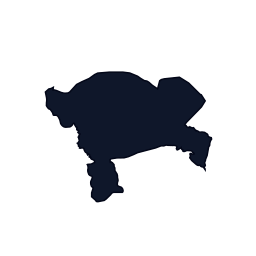 SVG path tracing the border of Sala ad-Din, rotated 134°
{"feature_id": "IRQ-3052", "entity_name": "Sala ad-Din", "entity_type": "Province", "adm_level": 1, "iso_a3": "IRQ", "parent_name": "Iraq", "parent_adm1": "", "projection": "orthographic", "projection_center": [43.888, 34.578], "detail": "fine", "context": "isolated", "style": "filled", "palette": "ink", "viewbox_px": 256, "rotation_deg": 134, "n_neighbors": 0, "source": "natural_earth", "source_scale": "10m", "svg_char_len": 5546}
<svg xmlns="http://www.w3.org/2000/svg" viewBox="0 0 256 256"><g transform="rotate(134 128 128)"><path d="M178.2,87.4L184.3,93.7L185.3,94.2L186.7,94.5L187.7,94.2L194.3,94.4L196.6,94.8L201.8,98.4L202.5,99.2L202.7,99.6L202.8,99.8L202.7,100.2L202.5,101.2L202.7,106.4L199.9,109.1L197.9,110.1L196.4,110.8L195.7,111.3L195.3,111.9L195.2,112.4L195.3,112.9L195.4,113.5L195.1,114.3L194.3,115.7L193.2,116.9L192.3,117.6L191.6,117.9L189.9,118.5L188.6,119.2L188.0,119.7L187.8,120.2L187.8,120.6L187.9,121.1L188.2,121.5L188.4,122.0L188.6,122.8L188.6,123.9L187.6,126.0L186.9,127.0L186.0,127.9L185.0,128.5L184.0,129.4L183.3,130.3L182.9,131.0L182.6,131.9L182.1,131.7L179.9,129.7L179.2,129.3L178.7,129.0L177.8,128.8L176.6,128.3L176.0,128.0L175.8,128.2L175.1,129.1L174.9,129.5L174.9,129.8L174.9,130.5L175.8,132.8L175.8,133.3L175.6,133.8L174.9,134.5L174.9,134.8L175.1,134.7L175.3,134.8L175.5,135.1L175.8,135.7L175.7,135.9L175.5,136.1L174.9,136.3L174.7,136.3L174.4,136.4L174.2,136.6L173.9,137.1L173.9,137.4L173.9,137.5L174.0,137.4L174.3,137.3L174.5,137.4L174.5,137.6L174.4,137.8L174.1,138.1L174.1,138.3L174.4,138.5L174.6,138.4L175.0,138.2L175.4,138.3L175.3,138.5L175.2,138.8L175.0,139.5L174.9,139.7L174.5,140.2L174.5,140.4L174.7,140.8L174.9,141.5L174.9,142.1L174.5,143.5L173.9,144.8L173.4,145.5L173.4,145.9L173.6,146.3L173.9,146.8L174.5,147.4L174.9,147.8L175.4,148.0L176.1,148.9L175.3,149.5L175.4,150.9L175.4,151.2L175.2,151.4L174.9,151.5L174.4,151.8L174.3,152.2L174.3,153.6L174.2,153.9L173.8,153.8L173.5,153.4L173.3,153.4L173.1,153.5L172.8,153.7L172.6,153.8L172.4,153.9L171.7,153.9L171.2,154.1L170.9,154.3L169.7,156.2L169.4,156.7L169.3,157.3L169.1,157.5L168.9,157.6L168.6,157.5L168.6,157.4L168.8,157.1L168.7,156.9L168.6,156.7L168.3,156.8L168.1,157.0L167.8,157.4L167.7,157.9L167.4,158.1L167.1,158.3L166.4,158.2L165.8,158.3L165.6,158.5L165.8,158.9L165.9,159.1L166.0,160.9L165.9,161.1L165.0,161.2L164.5,161.3L164.3,161.5L164.2,161.8L164.2,162.1L164.7,162.9L164.8,163.1L164.8,163.4L164.6,163.9L164.4,164.1L163.1,165.1L163.0,165.3L163.3,165.8L163.4,166.2L163.0,167.4L162.8,168.3L162.1,169.3L162.1,169.6L162.1,170.3L162.3,170.4L162.6,170.5L163.0,170.5L163.5,170.3L165.2,170.1L166.8,170.3L167.7,170.7L170.6,173.3L171.3,174.2L171.8,175.3L172.0,176.8L171.9,178.1L171.6,179.4L169.5,182.7L168.4,185.9L168.3,186.6L168.3,187.2L168.4,187.9L168.7,188.5L169.2,189.0L170.4,190.3L170.5,190.6L170.5,190.9L169.7,192.3L169.4,192.8L168.6,196.8L169.3,198.5L169.1,200.3L168.6,202.2L166.2,204.4L165.1,205.2L163.7,206.5L162.8,207.6L159.5,212.4L155.0,212.1L152.9,210.7L150.6,210.0L152.7,208.4L152.0,207.7L150.7,205.4L148.8,200.6L147.6,198.5L146.7,197.4L144.5,195.5L142.7,194.9L132.4,195.2L126.8,193.3L119.3,190.3L112.7,189.1L109.5,187.9L101.1,180.5L91.4,170.5L87.2,164.9L84.1,157.1L83.5,153.2L82.6,149.2L81.1,147.0L80.6,144.8L80.4,140.2L79.3,133.9L72.0,138.0L70.1,137.7L67.5,136.1L55.8,126.3L53.5,115.6L53.7,99.5L53.2,98.4L54.9,91.3L61.8,89.8L83.3,89.9L85.5,89.6L86.2,89.2L86.3,88.8L86.2,88.4L85.9,88.0L85.9,87.9L86.2,87.1L86.3,86.7L86.3,86.4L86.1,86.0L86.1,85.8L86.0,85.6L85.9,84.9L85.6,84.8L85.4,84.8L85.2,84.8L84.8,84.7L84.7,84.7L84.8,84.4L84.8,84.2L84.6,84.1L84.4,84.0L84.4,83.9L84.4,83.7L84.1,83.5L83.9,83.5L83.9,83.3L83.8,82.9L83.3,82.0L83.1,81.5L82.8,81.4L82.7,81.4L82.4,81.3L82.3,81.1L82.3,80.5L82.6,79.3L82.5,78.8L82.7,78.4L82.9,77.8L82.9,77.4L82.8,77.2L82.7,77.3L82.4,77.3L82.3,77.1L81.6,75.2L81.5,74.6L81.5,74.1L81.2,73.5L80.9,73.2L80.0,72.4L79.5,72.0L77.9,69.8L77.8,69.3L77.8,68.4L77.5,67.9L77.4,67.3L77.3,66.8L77.5,65.8L77.6,65.6L77.9,65.3L78.2,64.6L78.3,64.2L78.2,63.7L77.6,62.2L77.1,61.4L77.2,61.2L77.4,61.0L77.6,60.6L77.8,60.3L78.0,60.1L78.4,60.0L78.6,60.0L78.8,60.0L79.0,59.9L79.3,59.9L79.5,59.9L81.2,59.1L82.0,58.7L83.4,57.5L84.0,57.1L84.4,57.0L85.5,56.9L92.8,52.0L96.7,50.4L97.8,49.6L99.0,49.2L99.9,48.6L100.8,47.0L101.2,46.4L102.1,46.1L102.9,46.1L103.5,45.8L103.9,44.1L104.4,43.6L104.0,45.6L103.9,45.9L103.7,46.4L103.7,46.7L103.9,46.9L104.2,47.2L104.5,47.7L104.8,48.4L105.0,49.3L104.9,49.9L104.7,50.3L104.8,50.6L104.9,50.8L105.2,50.9L105.5,51.0L105.8,51.2L106.2,51.6L106.6,52.5L106.8,53.6L107.1,59.3L107.0,60.0L107.0,60.5L106.7,61.4L106.6,62.3L106.6,62.7L106.4,63.0L105.8,63.2L104.7,63.8L103.7,65.4L103.1,65.5L102.8,65.3L102.4,64.8L102.4,64.4L102.4,64.1L102.1,63.7L102.0,63.3L101.9,63.0L101.6,62.8L100.7,62.5L100.3,63.6L100.6,64.3L100.6,64.7L100.4,65.1L100.3,65.9L100.4,66.6L100.7,67.0L101.0,67.2L101.1,67.4L101.4,67.9L102.9,69.6L103.6,70.2L105.3,70.9L106.1,71.5L106.5,72.4L106.4,72.6L106.0,72.8L105.8,73.0L105.6,73.4L105.8,73.7L106.0,73.9L106.0,74.2L105.8,75.3L105.6,75.8L105.2,76.2L108.3,76.8L109.6,77.4L109.3,78.8L108.8,79.1L108.1,79.4L107.5,79.7L107.3,80.5L107.5,81.2L108.0,82.1L108.6,83.0L109.1,83.3L113.0,87.6L113.8,88.8L115.4,89.5L116.5,90.3L117.1,91.2L118.4,92.1L123.1,94.3L139.1,104.0L143.3,105.6L148.5,107.9L152.1,110.1L157.2,115.2L161.8,118.7L162.4,118.9L163.3,118.9L164.7,117.2L165.0,116.8L164.9,116.7L164.3,116.6L164.1,116.5L164.0,116.4L164.0,116.2L164.1,115.8L164.1,115.7L163.8,115.2L163.8,114.9L164.0,114.1L164.0,113.7L164.0,113.0L164.1,112.7L164.2,112.4L165.0,111.7L165.3,111.3L165.5,110.9L165.7,110.1L166.7,108.8L167.4,108.4L167.6,108.1L167.7,107.9L167.7,107.7L167.8,107.5L168.1,107.0L168.1,106.8L168.1,106.5L168.1,106.4L168.1,106.2L168.3,105.7L168.5,105.3L168.5,105.1L168.5,104.9L168.5,104.7L168.7,104.0L169.6,102.5L170.9,101.2L172.2,99.3L172.6,98.8L173.4,98.3L174.3,97.9L176.0,96.6L176.5,95.7L176.6,94.6L175.3,91.7L175.3,90.7L175.6,89.4L176.1,88.6L176.6,87.9L177.1,87.6L177.4,87.4L178.2,87.4Z" fill="#0f172a" stroke="#020617" stroke-width="1.5"/></g></svg>